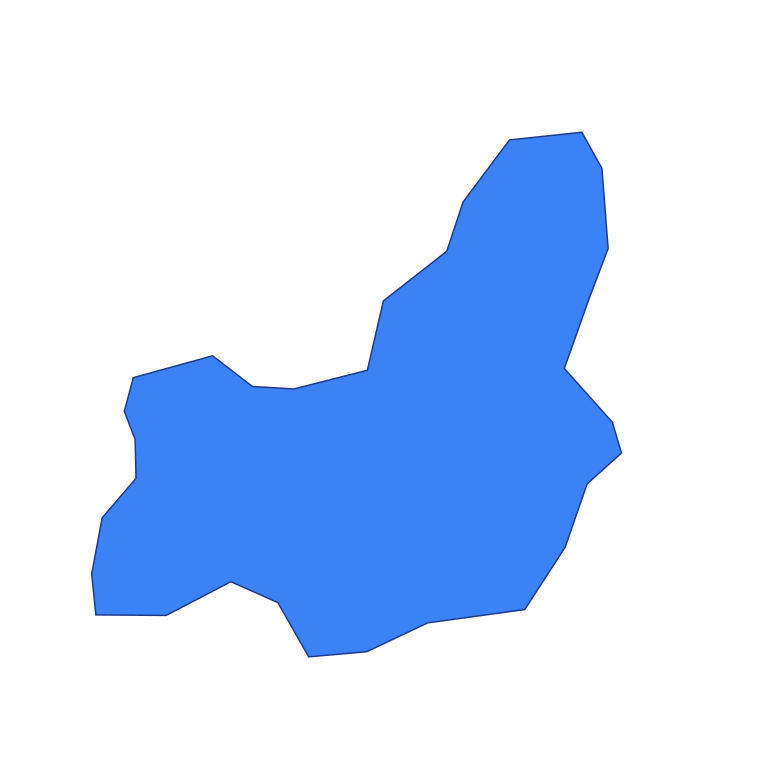 Selebi-Phikwe, Robinson projection, rotated 13°
{"feature_id": "BWA-5504", "entity_name": "Selebi-Phikwe", "entity_type": "Town", "adm_level": 1, "iso_a3": "BWA", "parent_name": "Botswana", "parent_adm1": "", "projection": "robinson", "projection_center": [27.845, -21.959], "detail": "fine", "context": "isolated", "style": "filled", "palette": "blue", "viewbox_px": 768, "rotation_deg": 13, "n_neighbors": 0, "source": "natural_earth", "source_scale": "10m", "svg_char_len": 552}
<svg xmlns="http://www.w3.org/2000/svg" viewBox="0 0 768 768"><g transform="rotate(13 384 384)"><path d="M520.1,94.2L547.8,124.8L571.9,201.5L564.7,254.4L556.2,328.3L615.3,370.1L630.9,397.9L604.4,435.6L597.2,502.4L571.9,572.1L480.3,606.9L427.4,648.7L372.0,666.8L329.8,620.9L279.2,611.1L223.8,658.5L155.2,673.8L141.9,634.8L139.5,577.7L163.6,531.7L154.0,494.1L137.1,469.0L138.3,434.2L210.6,395.1L256.3,416.0L297.3,409.1L364.7,374.3L364.7,303.2L415.3,240.5L420.1,188.9L451.4,117.9L520.1,94.2Z" fill="#3b82f6" stroke="#1e3a8a" stroke-width="1.5"/></g></svg>